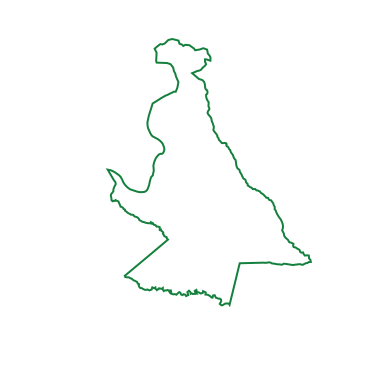 Barreiras do Piauí, Piauí, Brazil (Natural Earth projection), rotated 138°
{"feature_id": "56859067B34709570800353", "entity_name": "Barreiras do Piauí", "entity_type": "district", "adm_level": 2, "iso_a3": "BRA", "parent_name": "Brazil", "parent_adm1": "Piauí", "projection": "natural_earth1", "projection_center": [-45.701, -10.026], "detail": "fine", "context": "isolated", "style": "outline", "palette": "green", "viewbox_px": 384, "rotation_deg": 138, "n_neighbors": 0, "source": "geoboundaries", "source_scale": "gbopen_adm2", "svg_char_len": 5142}
<svg xmlns="http://www.w3.org/2000/svg" viewBox="0 0 384 384"><g transform="rotate(138 192 192)"><path d="M185.1,241.4L186.0,240.9L187.4,240.3L188.9,240.5L190.0,241.6L191.6,242.0L193.0,241.9L194.3,241.7L196.1,241.4L197.9,240.6L199.8,239.7L202.9,237.6L206.0,233.6L206.8,232.9L209.0,231.4L209.9,230.6L211.6,230.5L212.7,230.3L215.9,228.3L219.2,225.9L222.4,224.2L224.2,223.5L226.1,223.5L227.8,224.2L230.9,226.8L232.3,228.6L236.2,235.4L236.8,238.2L237.0,241.1L236.9,243.1L236.5,245.4L235.6,247.9L234.9,251.1L235.0,253.4L236.3,258.9L237.8,262.5L239.7,265.0L242.2,252.8L242.3,250.6L242.9,249.6L243.7,248.7L245.5,248.1L247.8,247.1L249.0,246.2L249.9,245.2L251.5,244.8L253.6,244.5L254.6,243.8L255.3,242.6L256.1,241.3L257.4,239.5L257.0,238.0L256.0,237.9L255.2,236.9L254.2,237.1L253.8,235.9L253.0,234.2L254.3,230.4L254.9,228.9L254.2,227.9L253.9,226.2L254.2,225.1L253.6,223.8L254.3,222.8L254.0,221.8L253.8,220.3L253.6,219.2L252.9,217.4L252.6,216.1L251.7,215.2L251.0,214.3L251.1,212.5L250.4,211.2L249.6,209.8L249.4,207.7L249.9,206.3L249.4,205.0L248.7,202.8L247.7,201.6L247.0,200.1L246.3,199.2L245.0,197.6L244.2,197.0L243.2,195.5L242.6,196.6L241.9,194.8L242.3,193.2L241.3,191.8L241.5,190.0L240.5,189.2L239.5,187.4L240.4,186.5L241.3,185.4L240.2,184.9L240.8,183.7L240.4,182.2L240.7,180.8L241.6,180.4L241.6,179.0L242.1,177.9L241.7,176.4L241.1,175.6L241.7,174.2L241.7,172.7L260.2,173.3L298.0,174.7L298.5,173.4L297.1,171.8L296.0,170.8L295.5,169.2L294.9,168.2L294.5,165.4L293.8,164.1L293.0,161.8L293.6,160.3L293.0,159.0L294.2,158.2L294.7,156.5L294.7,155.3L293.7,154.2L293.1,152.3L292.6,151.1L291.9,150.2L290.3,149.3L289.5,147.4L288.5,147.0L287.2,146.5L286.4,147.2L285.3,147.7L284.6,145.9L283.1,145.6L283.8,144.6L283.8,142.6L282.7,142.7L281.9,142.1L280.9,142.5L279.4,140.4L278.0,140.2L279.0,139.2L279.2,137.2L278.1,137.1L276.7,135.8L275.7,135.5L275.3,134.5L274.6,133.8L273.6,133.0L274.3,131.8L275.5,133.2L275.8,131.3L275.3,129.9L274.4,128.5L273.1,127.6L272.3,126.1L271.2,126.2L269.2,126.2L268.3,126.0L268.1,124.6L268.7,123.3L268.1,121.7L266.6,121.7L265.7,120.1L266.0,118.6L263.7,117.9L263.2,119.1L262.5,120.6L260.3,120.7L260.2,118.8L261.1,117.2L260.0,116.8L259.6,115.6L256.7,113.4L256.8,115.1L256.1,116.7L254.3,116.3L255.2,114.5L253.9,112.4L253.6,110.9L251.7,109.8L250.1,110.9L249.0,108.2L250.6,106.8L249.0,105.0L248.1,102.1L248.1,100.6L247.5,99.8L245.5,101.0L244.2,100.1L245.0,97.6L243.6,94.9L242.7,94.2L242.4,92.6L243.5,91.2L246.2,90.3L246.0,88.2L245.0,87.4L243.4,87.1L242.1,86.9L240.5,85.7L239.4,84.6L239.6,83.0L206.9,105.3L204.2,107.1L186.0,91.5L184.8,90.2L181.5,87.9L180.8,86.8L180.4,85.5L178.3,83.0L177.0,81.2L175.2,79.5L174.0,77.9L171.5,77.1L165.6,69.9L164.1,69.1L162.9,68.2L160.2,66.3L158.5,63.8L156.4,63.3L155.2,63.0L153.8,62.0L152.3,61.9L150.5,60.5L149.9,61.5L149.4,62.4L149.5,64.2L148.3,65.7L147.7,66.7L148.7,67.8L150.7,69.3L150.5,71.3L149.9,72.8L151.3,73.7L151.7,75.1L150.8,77.1L151.8,79.8L152.1,81.5L153.3,83.0L152.8,84.4L151.3,85.6L152.2,88.0L152.9,88.8L153.3,90.1L152.7,91.9L153.1,95.8L152.8,97.7L151.7,99.4L151.1,101.2L150.7,103.1L149.1,104.1L147.4,105.5L146.3,107.1L145.2,109.4L144.7,111.2L144.3,113.1L144.2,114.8L143.6,118.2L143.0,120.3L142.2,122.2L142.0,124.1L141.1,124.8L140.4,125.9L140.1,127.4L139.1,129.5L139.1,131.0L138.7,132.7L139.8,134.1L139.8,135.4L139.4,136.7L140.6,138.0L140.5,139.3L140.6,140.6L140.6,142.3L141.4,145.5L141.2,147.0L142.0,148.8L143.0,150.2L143.1,151.9L144.9,153.5L144.8,155.3L145.5,156.6L145.7,157.8L146.2,159.6L145.3,160.7L145.3,161.8L145.3,163.1L144.7,164.0L144.1,165.6L144.8,167.5L144.4,168.8L144.2,170.1L143.6,171.4L142.9,174.9L141.9,176.9L142.4,178.9L142.0,180.5L141.0,182.5L140.0,183.9L138.9,185.5L138.2,186.7L138.2,188.7L137.5,190.7L136.8,192.3L136.7,193.9L136.5,195.4L136.2,196.4L135.5,197.6L135.7,199.0L135.3,200.3L135.0,201.6L135.6,202.8L135.1,204.0L134.2,204.4L134.0,205.4L135.2,206.9L136.2,207.5L137.1,208.5L137.0,210.9L137.1,212.8L136.3,214.3L136.2,216.0L135.4,217.1L135.1,218.9L135.0,220.9L134.9,222.7L134.5,223.9L133.1,224.9L132.0,226.1L131.1,228.1L130.5,229.5L129.9,231.4L128.2,234.2L128.0,237.0L128.0,238.8L127.5,240.4L126.1,241.3L123.7,241.9L123.0,242.8L122.4,244.7L119.5,247.6L119.3,249.5L118.7,251.5L117.9,253.1L116.5,254.8L114.9,254.9L113.9,255.5L112.7,257.4L113.1,258.9L112.5,260.5L111.5,262.0L110.3,263.5L109.3,265.9L109.4,268.3L111.2,271.3L112.4,280.2L107.1,278.4L106.0,277.7L104.3,277.0L103.3,276.8L101.5,277.2L99.6,277.2L98.3,277.1L96.2,277.5L95.6,278.4L95.3,279.9L93.6,281.9L92.7,281.1L90.5,277.3L88.3,279.5L87.7,281.6L87.6,284.3L85.5,287.7L87.4,291.3L90.8,292.7L94.8,295.2L94.5,297.2L95.7,302.8L98.5,305.9L100.7,306.3L100.8,308.2L102.1,310.5L100.7,313.5L104.3,318.9L107.8,320.8L112.8,320.6L115.3,321.5L116.6,323.1L120.2,323.4L123.9,323.5L125.1,319.2L131.1,313.2L131.7,311.8L124.2,304.5L122.4,301.3L122.7,297.2L124.6,293.8L125.1,291.4L126.7,288.3L128.5,282.8L133.1,279.3L137.0,277.4L138.2,278.6L145.7,280.7L147.0,281.3L152.2,282.4L154.7,282.8L162.0,284.1L173.0,277.6L178.5,273.6L180.3,271.5L181.9,269.0L183.7,263.4L184.1,261.1L184.0,259.6L182.1,254.4L181.7,252.7L181.4,250.8L181.4,249.3L181.4,247.8L182.9,243.8L184.2,241.9L185.1,241.4Z" fill="none" stroke="#15803d" stroke-width="2"/></g></svg>